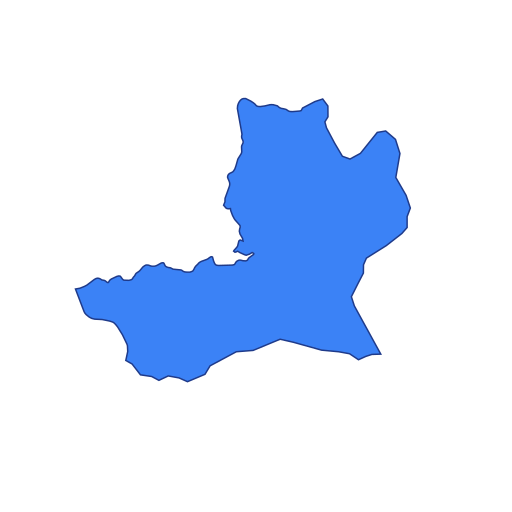 the Prefecture of Kouroussa, rotated 62°
{"feature_id": "GIN-5647", "entity_name": "Kouroussa", "entity_type": "Prefecture", "adm_level": 1, "iso_a3": "GIN", "parent_name": "Guinea", "parent_adm1": "", "projection": "orthographic", "projection_center": [-10.311, 10.531], "detail": "fine", "context": "isolated", "style": "filled", "palette": "blue", "viewbox_px": 512, "rotation_deg": 62, "n_neighbors": 0, "source": "natural_earth", "source_scale": "10m", "svg_char_len": 3391}
<svg xmlns="http://www.w3.org/2000/svg" viewBox="0 0 512 512"><g transform="rotate(62 256 256)"><path d="M287.1,420.0L280.1,414.1L274.8,411.6L273.1,411.3L262.9,410.9L253.6,411.5L250.5,412.1L248.3,412.8L247.6,413.2L247.0,413.6L244.7,415.8L239.9,421.6L236.0,428.1L234.1,430.2L232.9,431.1L231.3,432.1L227.9,433.5L226.0,433.9L224.3,433.9L200.4,430.9L201.8,426.5L202.3,421.7L202.3,419.0L200.8,409.7L200.8,407.8L201.1,406.5L201.6,405.7L202.2,405.0L202.9,404.4L204.8,403.3L206.3,401.4L207.1,400.8L209.2,399.9L210.0,399.2L209.9,398.5L209.5,397.8L209.0,397.0L208.6,396.0L208.4,394.4L208.7,388.3L209.2,386.5L210.0,385.4L211.1,385.1L213.5,384.8L214.5,384.5L215.3,384.0L217.8,379.7L218.2,378.2L218.4,376.9L218.2,376.0L217.2,374.3L216.5,372.4L215.4,370.8L215.0,369.8L214.6,366.3L214.3,365.2L212.6,361.1L212.3,359.1L212.3,357.9L212.4,357.2L212.8,356.4L213.7,355.1L215.3,353.7L216.2,352.6L217.3,350.5L217.7,349.0L217.8,347.3L217.7,343.0L218.1,341.7L218.7,340.8L219.7,340.7L221.7,340.8L222.5,340.7L223.4,340.2L224.1,339.7L224.8,339.0L225.4,338.3L225.9,337.5L226.5,336.9L228.7,335.4L232.8,329.2L233.5,328.4L235.3,327.5L236.4,326.6L237.5,325.1L239.2,322.0L239.5,320.3L239.6,319.0L239.2,318.1L238.2,316.5L237.6,315.8L236.7,314.1L235.8,311.0L235.4,310.1L235.1,308.7L235.1,306.8L235.9,301.1L235.9,299.4L235.6,298.1L235.5,296.3L235.9,295.3L236.6,294.9L240.6,295.8L243.0,296.0L244.2,295.9L245.5,295.3L246.8,293.5L252.9,281.2L253.4,279.3L253.1,278.3L252.6,277.6L252.0,276.6L251.6,275.4L251.6,273.4L252.0,272.2L252.9,271.0L254.0,269.8L255.5,267.4L255.7,266.0L255.4,265.0L254.8,264.2L254.4,263.4L254.2,262.6L253.5,257.4L252.7,256.8L251.1,257.8L251.3,260.9L250.7,264.3L249.5,265.5L245.2,268.8L243.8,269.5L243.1,270.1L243.1,271.5L242.8,272.8L241.2,273.5L240.7,272.7L239.3,268.9L238.6,267.6L234.7,264.1L234.4,262.5L236.7,260.4L234.1,259.6L229.1,259.8L226.3,259.1L224.4,257.7L223.1,256.4L221.6,255.8L214.5,257.5L213.0,257.7L209.3,257.7L204.0,257.0L202.1,256.3L201.5,258.0L200.6,259.3L199.3,260.1L197.5,260.4L196.0,260.8L193.5,257.9L192.5,257.4L190.5,256.2L181.9,246.7L180.8,245.8L179.5,245.1L178.1,244.7L174.0,244.3L173.0,244.1L172.2,243.5L171.5,242.8L170.9,241.6L170.7,240.4L170.8,238.5L170.8,237.0L170.3,235.7L169.2,233.8L166.7,231.1L162.1,226.7L161.5,225.9L159.0,221.5L158.3,220.5L157.4,219.7L152.8,217.5L151.9,216.8L150.1,214.4L149.1,213.7L148.0,213.4L145.3,213.2L144.3,212.9L143.4,212.4L141.9,211.2L117.0,203.2L114.6,201.6L113.0,199.9L111.8,198.1L111.1,196.4L110.8,194.6L111.2,192.9L112.1,191.2L116.9,187.8L119.5,186.4L121.4,185.6L123.6,185.1L124.8,184.1L126.0,182.2L127.6,177.9L129.0,172.6L129.6,171.3L130.4,169.9L133.0,167.1L133.5,166.6L135.4,165.9L136.4,165.3L137.5,164.4L138.9,162.6L140.6,160.7L142.3,159.7L143.2,159.3L144.4,158.1L145.6,156.1L148.5,149.4L148.8,147.8L147.2,145.4L147.3,131.5L148.7,123.4L157.3,122.1L166.9,127.1L169.9,132.2L175.9,133.6L193.2,133.6L208.5,132.9L214.5,127.5L214.4,115.6L203.8,90.9L206.5,82.8L218.5,78.1L233.1,80.8L252.3,95.7L272.9,95.0L286.1,97.2L292.2,104.1L301.8,109.2L304.6,116.6L308.0,136.1L309.7,159.5L314.2,165.2L321.5,169.2L328.2,178.9L336.7,190.9L346.2,192.6L401.2,191.9L397.3,199.9L396.2,206.2L395.7,214.2L386.2,219.3L379.4,227.9L369.9,242.3L349.8,263.4L340.8,273.8L338.0,302.9L331.3,318.3L331.4,348.1L336.5,356.6L334.8,375.5L327.5,381.2L320.7,389.8L320.2,400.1L313.4,404.7L306.7,413.8L293.2,416.1L287.1,420.0Z" fill="#3b82f6" stroke="#1e3a8a" stroke-width="1.5"/></g></svg>